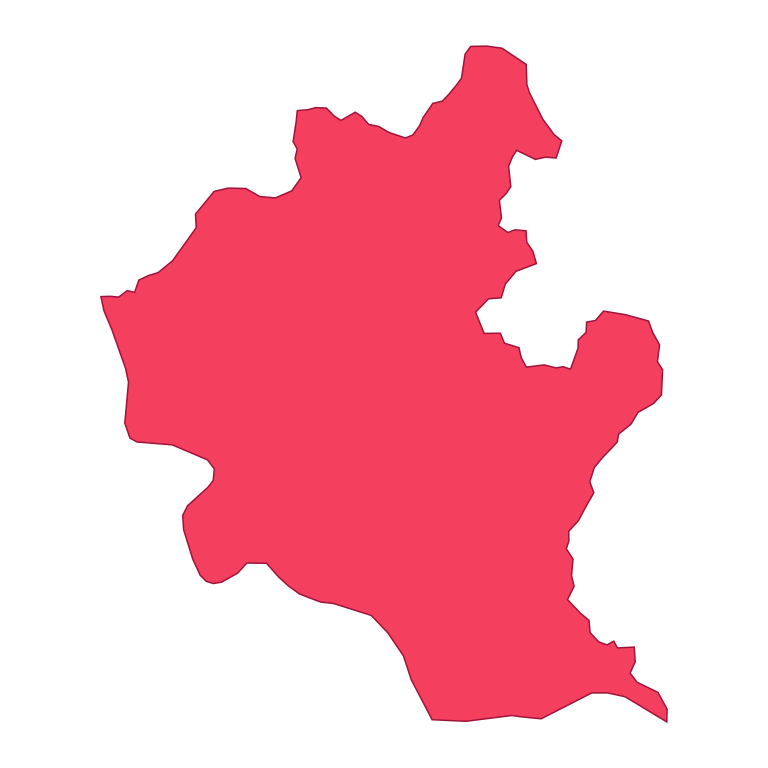 the district of Taquari, Rio Grande do Sul, Brazil
{"feature_id": "56859067B40786512942851", "entity_name": "Taquari", "entity_type": "district", "adm_level": 2, "iso_a3": "BRA", "parent_name": "Brazil", "parent_adm1": "Rio Grande do Sul", "projection": "albers", "projection_center": [-51.816, -29.739], "detail": "fine", "context": "isolated", "style": "filled", "palette": "rose", "viewbox_px": 768, "rotation_deg": 0, "n_neighbors": 0, "source": "geoboundaries", "source_scale": "gbopen_adm2", "svg_char_len": 2210}
<svg xmlns="http://www.w3.org/2000/svg" viewBox="0 0 768 768"><path d="M104.0,310.9L111.7,329.2L125.6,368.5L128.5,382.2L124.8,423.2L130.0,438.2L137.1,442.0L172.4,444.9L184.5,450.1L207.5,459.9L214.3,468.9L213.2,480.4L208.0,487.2L187.6,505.7L182.7,515.4L183.6,529.7L192.9,559.5L200.2,575.3L206.2,581.3L213.3,583.5L221.5,582.2L237.7,573.1L246.9,563.0L266.6,563.3L278.6,577.0L289.0,586.4L299.7,594.1L314.1,599.6L320.9,602.1L333.1,603.4L371.2,615.4L387.6,632.5L403.5,656.0L411.3,679.8L432.1,719.7L465.9,721.3L511.8,715.5L520.3,716.7L541.1,718.8L591.8,692.9L607.4,692.9L624.9,696.7L666.8,721.9L667.1,709.1L657.9,692.4L637.1,682.3L630.1,673.1L635.2,661.8L634.2,647.1L617.4,647.9L613.8,641.1L607.0,644.9L598.7,641.9L590.1,632.6L589.0,620.3L580.5,613.3L567.5,599.6L574.1,586.3L571.5,575.8L573.0,559.1L566.3,548.8L568.9,541.0L568.7,531.3L578.4,520.7L585.7,507.0L593.8,492.8L589.8,481.7L594.3,467.5L602.8,457.2L611.4,448.4L617.3,441.9L618.5,434.2L631.0,424.1L638.0,412.4L653.6,403.4L661.4,395.0L662.6,369.8L657.4,361.6L659.6,345.0L652.7,332.5L648.5,321.0L625.2,314.6L603.6,311.1L595.4,320.5L586.6,322.1L586.1,332.4L578.3,339.8L578.0,348.3L573.1,361.9L570.5,369.2L563.1,366.7L556.0,367.9L544.2,364.9L526.4,367.1L521.2,357.7L519.0,347.7L504.5,343.2L500.3,333.2L484.1,333.4L475.6,312.2L488.5,298.8L501.2,297.8L505.3,284.1L516.0,271.3L536.4,263.6L532.8,251.1L526.8,242.3L526.0,230.8L515.0,229.8L507.9,232.5L498.2,225.6L501.5,218.0L499.4,200.3L506.0,193.8L510.8,186.7L508.6,166.2L512.3,157.2L516.7,150.4L535.4,159.4L545.4,157.2L556.1,158.0L561.8,140.9L554.0,134.5L542.8,119.2L529.4,92.6L526.9,84.6L526.2,64.4L502.0,48.2L486.8,46.1L470.7,46.4L465.1,54.1L461.5,78.1L455.8,85.9L448.0,95.2L442.1,101.2L432.8,103.4L423.2,117.4L419.5,125.9L412.8,135.0L405.3,138.0L388.9,132.4L378.6,126.4L368.7,124.4L361.9,116.5L355.2,112.2L341.0,120.4L334.1,116.0L326.5,108.1L315.8,107.6L308.0,109.7L297.3,110.6L296.1,122.1L293.1,141.7L297.2,149.0L295.1,158.5L301.1,177.7L291.7,190.9L275.3,197.9L259.8,196.5L245.7,188.5L228.3,188.1L214.1,191.4L195.5,214.1L196.2,227.7L172.6,260.7L158.0,272.7L148.8,275.4L138.8,280.1L134.6,292.4L127.2,290.6L118.7,297.1L110.6,296.3L100.9,296.6L104.0,310.9Z" fill="#f43f5e" stroke="#9f1239" stroke-width="1.5"/></svg>